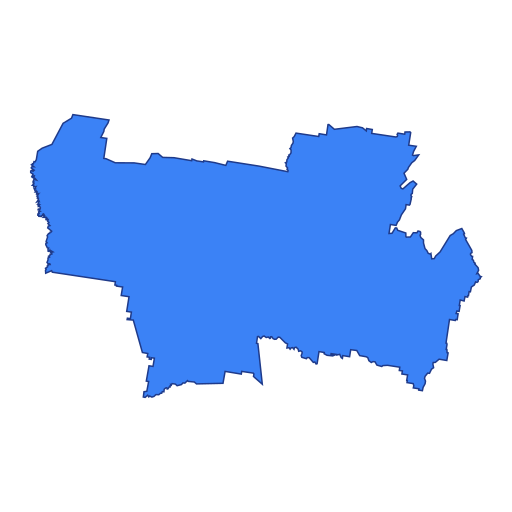 Weddin, New South Wales, Australia
{"feature_id": "25037944B42386149342522", "entity_name": "Weddin", "entity_type": "district", "adm_level": 2, "iso_a3": "AUS", "parent_name": "Australia", "parent_adm1": "New South Wales", "projection": "robinson", "projection_center": [147.918, -33.878], "detail": "fine", "context": "isolated", "style": "filled", "palette": "blue", "viewbox_px": 512, "rotation_deg": 0, "n_neighbors": 0, "source": "geoboundaries", "source_scale": "gbopen_adm2", "svg_char_len": 5994}
<svg xmlns="http://www.w3.org/2000/svg" viewBox="0 0 512 512"><path d="M143.3,397.0L145.1,397.4L147.7,395.2L148.8,396.9L149.6,396.0L151.9,397.1L154.0,396.4L155.9,394.6L158.8,394.7L160.4,393.3L161.7,393.2L162.3,391.6L163.9,391.8L164.2,389.2L165.5,388.1L166.5,387.8L167.2,388.2L167.2,389.0L167.9,388.9L169.3,386.9L170.1,386.9L170.0,385.9L171.1,385.5L170.7,384.4L171.6,384.5L172.1,383.6L175.4,384.1L177.1,385.7L181.4,384.6L183.0,382.9L184.9,383.1L187.5,380.6L188.2,381.4L194.3,382.0L196.5,383.9L223.0,383.3L225.1,371.4L241.3,374.1L241.7,371.4L253.2,373.1L253.9,374.0L253.5,376.5L262.3,384.2L257.9,343.6L256.5,343.3L257.5,336.6L258.5,336.4L260.8,338.6L262.6,336.5L264.1,336.0L266.2,337.5L268.2,337.0L269.9,338.5L270.5,338.0L270.5,336.8L271.7,336.7L273.2,338.7L274.6,339.3L276.2,339.2L278.2,337.1L279.8,337.3L285.4,342.9L287.6,343.9L286.9,348.0L289.1,347.7L290.1,349.2L291.2,347.8L292.6,347.6L294.0,349.3L294.5,347.6L296.1,347.2L298.1,349.1L298.7,351.3L300.5,350.8L301.9,351.7L302.2,352.9L301.2,355.6L301.8,357.3L306.4,358.7L307.2,357.6L309.1,357.6L313.3,362.4L314.8,362.0L316.1,364.0L317.1,363.7L319.0,351.6L324.3,352.5L324.1,353.7L327.0,355.3L332.7,355.9L333.9,355.4L330.9,354.9L331.1,353.6L336.9,354.5L336.9,355.0L339.7,354.3L341.2,357.6L342.4,358.4L342.8,355.6L349.6,356.7L350.7,349.7L356.8,350.5L359.7,355.6L366.4,356.8L367.8,357.7L368.9,360.7L371.3,362.5L372.9,361.6L375.0,361.8L376.9,365.1L381.8,366.5L382.8,365.6L387.5,365.3L399.8,367.2L399.3,370.5L402.4,370.9L401.9,374.0L407.6,374.9L406.7,380.5L407.3,380.6L407.0,382.6L413.2,383.6L413.8,385.7L413.3,387.9L418.9,388.8L418.7,390.1L422.4,390.7L423.1,387.4L425.1,383.7L425.5,381.1L424.5,378.4L425.1,376.3L427.7,373.1L429.5,373.3L431.5,369.2L433.6,367.7L432.9,364.1L433.2,362.5L435.3,362.4L439.1,359.2L446.8,360.5L448.1,352.9L447.1,352.7L446.9,349.5L446.2,349.4L447.0,344.6L446.8,343.3L446.0,343.1L449.5,319.5L455.3,320.5L455.7,319.5L457.2,319.7L458.1,313.8L456.1,313.5L456.9,311.0L459.1,311.4L460.1,305.6L459.3,305.5L460.2,300.0L464.1,301.0L465.0,296.6L467.6,297.1L467.9,295.6L468.5,295.6L469.1,291.6L470.4,291.8L471.4,287.0L474.3,285.0L475.6,281.9L477.0,282.4L478.1,281.6L478.3,279.7L480.3,278.7L480.2,277.7L481.3,276.7L480.0,276.2L478.1,273.4L476.8,273.7L478.6,270.3L478.1,267.7L474.8,264.0L475.2,263.2L473.9,262.3L473.4,260.2L472.2,259.5L472.6,256.4L471.6,256.2L470.5,254.7L470.6,253.4L472.0,252.6L471.8,250.4L465.6,239.5L466.4,238.1L465.3,237.8L463.6,234.1L464.5,233.7L464.0,232.4L461.8,228.5L456.3,230.6L453.3,233.7L450.2,235.5L440.1,251.9L435.6,256.1L434.3,258.6L431.7,258.8L430.9,253.5L430.3,254.1L428.2,253.3L426.8,250.5L425.0,248.6L423.5,243.0L423.5,239.9L420.7,237.4L420.0,235.1L420.6,234.5L420.6,232.2L420.0,231.5L418.0,231.0L416.9,232.8L413.3,232.7L410.4,237.0L406.4,237.1L405.9,236.7L405.8,233.0L397.7,230.3L396.7,228.0L395.3,227.9L392.0,233.3L389.0,233.5L390.4,224.5L396.1,225.4L397.5,222.1L399.4,219.9L401.4,214.8L405.5,208.8L406.1,204.6L409.4,205.1L410.0,204.4L411.3,198.7L411.0,198.0L411.8,196.7L411.0,195.8L411.2,194.2L412.3,193.5L412.7,189.2L416.7,184.1L413.1,181.0L410.1,182.6L402.9,188.9L401.2,188.3L400.1,185.9L406.7,179.4L404.0,173.2L407.8,169.3L408.4,167.5L411.8,162.7L414.7,160.5L418.7,154.9L413.4,155.6L412.5,155.1L413.6,151.4L416.3,146.3L408.7,145.2L410.7,132.6L410.0,131.9L405.0,132.0L404.7,134.2L397.9,133.1L397.1,134.4L397.6,135.1L397.3,136.5L395.9,137.0L371.7,133.4L372.3,129.5L366.6,128.5L366.3,130.9L362.5,127.8L357.0,126.5L334.4,129.3L328.8,124.5L328.0,124.6L326.5,134.9L319.2,133.7L318.7,136.5L296.0,133.1L294.2,136.6L292.6,138.1L293.3,141.5L292.9,143.3L291.4,145.4L291.0,147.7L289.9,148.6L291.1,150.1L291.0,152.9L289.5,155.0L288.8,155.1L289.1,156.4L287.8,157.0L288.3,157.9L286.9,159.8L286.8,162.0L285.4,162.8L286.3,163.6L286.0,166.1L287.6,168.0L287.0,169.3L288.1,170.3L287.8,171.7L259.0,166.1L227.6,161.2L225.8,165.4L214.6,162.6L203.7,160.8L203.5,161.9L196.8,160.9L192.0,159.0L191.7,160.7L174.0,157.7L162.7,157.4L158.1,153.5L151.8,153.7L150.1,157.8L145.4,164.5L134.2,162.9L115.3,162.8L106.0,158.7L103.8,158.4L106.8,138.4L100.8,137.5L103.8,131.5L104.2,129.1L108.0,123.0L109.0,120.0L72.9,114.6L71.5,118.2L63.1,123.3L51.9,144.4L42.1,148.2L37.7,151.3L36.3,159.7L35.1,161.8L34.0,161.6L33.4,163.8L32.5,163.7L32.5,164.3L31.5,164.8L33.8,166.7L32.1,166.6L31.2,167.9L34.2,170.2L33.0,171.3L31.9,170.3L30.7,171.0L30.7,172.6L33.1,174.2L31.7,176.8L32.7,177.5L32.8,176.2L34.3,175.9L33.7,178.0L35.1,178.4L36.4,180.0L34.0,179.3L33.1,181.5L33.9,182.0L33.1,182.8L33.9,183.6L32.4,185.3L33.8,185.4L33.7,186.9L35.9,186.6L35.3,187.4L35.6,188.8L34.2,188.7L35.3,191.3L37.1,190.8L35.6,192.0L37.1,192.1L36.6,193.7L38.3,193.6L37.2,194.4L38.1,194.8L36.9,196.1L37.9,196.8L37.3,198.0L39.1,198.4L37.8,198.4L38.9,200.8L38.0,200.3L36.9,201.9L38.4,201.4L38.8,203.2L37.7,204.2L39.2,204.6L38.1,205.1L38.3,206.5L40.1,205.9L39.6,206.4L40.4,207.9L40.1,208.9L38.3,209.1L38.1,209.7L39.6,209.8L39.0,211.2L39.9,211.4L38.6,212.1L39.1,213.5L37.9,213.9L37.8,215.2L38.8,215.4L38.8,216.3L41.4,216.5L41.3,215.9L43.4,215.3L42.7,214.3L43.6,213.9L44.7,215.8L43.4,217.3L46.3,217.3L47.1,218.3L45.8,219.0L46.2,219.8L48.2,219.6L47.6,221.2L48.9,222.4L47.9,223.6L49.9,225.6L48.3,226.1L47.7,227.9L51.7,231.2L51.2,232.0L50.1,232.2L49.6,233.4L48.6,233.5L47.1,235.6L47.6,237.0L46.1,241.5L47.1,242.8L45.9,243.3L45.8,244.7L47.3,247.8L48.6,248.1L48.0,249.2L48.1,251.2L48.9,251.4L49.9,250.1L50.5,252.0L51.2,250.9L52.9,251.9L51.6,252.2L51.8,254.1L50.1,254.3L49.9,255.5L48.6,256.2L49.5,257.1L48.0,258.0L48.0,259.9L47.0,262.5L48.0,263.6L49.8,263.8L50.1,264.5L48.0,264.6L48.0,265.6L47.3,265.9L47.5,266.9L45.5,268.3L46.1,269.3L45.5,270.3L45.7,273.2L51.6,270.7L52.3,272.2L115.4,281.7L114.9,285.0L116.6,285.3L116.5,286.1L122.6,287.0L121.2,295.5L129.0,296.7L126.7,311.4L131.4,312.1L130.4,318.6L127.4,318.2L127.1,319.6L133.3,320.1L142.4,352.5L147.8,353.5L147.1,356.9L149.6,357.3L149.2,359.1L151.2,359.4L151.4,357.7L154.4,358.2L153.0,366.4L149.0,365.8L146.3,381.1L148.6,381.5L148.1,384.4L146.8,391.3L144.0,391.7L143.3,397.0Z" fill="#3b82f6" stroke="#1e3a8a" stroke-width="1.5"/></svg>